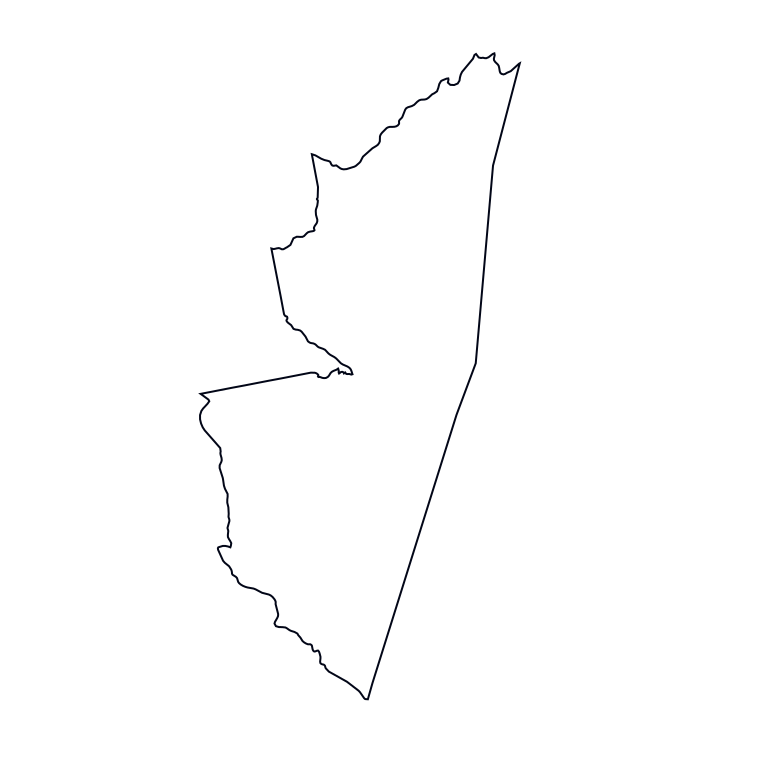 the border of Acre, rotated 79°
{"feature_id": "BRA-576", "entity_name": "Acre", "entity_type": "State", "adm_level": 1, "iso_a3": "BRA", "parent_name": "Brazil", "parent_adm1": "", "projection": "natural_earth1", "projection_center": [-70.836, -9.13], "detail": "fine", "context": "isolated", "style": "outline", "palette": "ink", "viewbox_px": 768, "rotation_deg": 79, "n_neighbors": 0, "source": "natural_earth", "source_scale": "10m", "svg_char_len": 4646}
<svg xmlns="http://www.w3.org/2000/svg" viewBox="0 0 768 768"><g transform="rotate(79 384 384)"><path d="M447.0,560.2L445.4,560.2L435.1,561.4L432.4,560.8L429.3,558.5L427.8,557.8L425.6,557.6L422.2,557.9L420.6,557.8L419.0,557.2L415.6,557.0L395.4,568.8L392.0,570.2L387.9,571.1L383.6,571.3L379.4,570.5L375.6,568.4L373.5,566.2L369.8,561.1L367.6,558.8L365.8,559.3L358.7,565.9L358.7,558.0L358.7,545.7L358.7,533.4L358.8,521.1L358.8,508.8L358.8,496.5L358.9,484.2L358.9,471.9L358.9,463.9L358.9,459.6L358.9,453.8L359.7,449.9L360.2,448.9L360.9,448.0L361.7,447.3L362.5,446.8L363.0,446.8L363.8,447.4L364.3,447.3L364.7,446.8L364.9,445.6L365.2,445.0L366.2,443.4L366.8,441.7L367.0,439.9L366.4,437.9L365.4,436.5L363.0,434.3L362.1,432.9L361.5,431.1L360.9,427.9L360.1,426.1L360.5,426.0L362.7,425.9L363.2,426.1L364.3,426.3L365.1,426.1L364.0,423.8L364.1,422.6L364.8,421.6L365.9,421.3L365.7,421.0L365.5,420.2L365.3,419.9L366.9,419.1L367.3,417.9L367.5,416.3L368.3,414.6L368.5,414.4L368.4,413.1L364.9,413.5L363.2,413.9L361.6,414.8L359.9,416.5L357.0,420.7L355.4,422.4L349.9,426.0L348.2,427.5L345.1,431.2L343.4,432.7L339.2,435.3L337.9,437.0L335.5,441.1L334.6,442.0L332.4,443.5L331.5,444.4L330.7,445.6L329.8,448.0L329.1,449.1L327.6,450.5L322.5,452.0L316.9,454.9L315.5,456.1L314.4,458.2L313.7,460.4L312.6,462.3L308.5,463.9L305.6,466.5L304.0,467.5L302.8,467.6L302.2,467.1L301.6,466.5L300.7,466.2L299.5,466.3L299.0,466.8L298.7,467.6L297.9,468.3L296.4,468.8L293.3,468.8L278.5,468.7L263.6,468.7L248.8,468.7L234.0,468.7L229.5,468.7L230.5,466.6L230.5,464.9L230.4,463.2L230.5,461.3L231.0,460.3L232.3,458.5L232.5,457.3L232.3,456.2L231.6,454.3L231.3,453.2L229.6,449.3L223.7,445.1L222.8,441.5L223.7,437.8L224.0,436.0L223.5,434.2L221.3,431.1L220.5,429.5L220.3,427.5L220.4,424.7L220.3,423.7L219.8,422.9L218.9,422.9L218.0,423.1L217.1,422.9L215.6,421.8L213.3,419.4L211.7,418.5L210.0,418.1L205.0,418.5L201.2,418.0L199.7,417.5L196.2,415.5L192.8,414.3L191.2,413.9L190.9,414.0L190.2,414.5L189.9,414.6L189.4,414.5L188.7,413.7L188.2,413.5L178.1,411.2L144.7,411.0L146.5,407.7L150.9,402.6L152.8,399.7L154.2,396.6L155.1,395.0L156.1,394.3L157.3,394.1L158.6,393.7L159.7,393.0L160.2,391.8L160.3,389.1L164.0,385.7L164.9,384.4L165.6,382.6L165.9,379.7L165.0,371.6L164.5,370.0L162.2,366.0L161.2,364.7L158.1,362.3L156.8,361.2L150.4,350.4L148.9,346.3L148.0,344.4L146.5,342.8L145.0,341.8L140.1,340.7L138.4,339.6L136.9,337.9L133.3,332.6L132.8,331.0L132.7,329.2L133.5,324.9L133.4,322.9L132.8,321.1L131.6,319.7L130.9,319.4L129.2,319.2L128.3,318.8L127.5,317.9L126.2,315.9L125.3,315.0L118.7,310.8L117.5,309.5L116.9,307.7L116.5,303.7L115.7,301.1L113.3,297.5L112.2,295.2L112.0,293.4L112.5,289.8L112.4,287.9L111.5,285.7L108.8,281.4L108.2,279.2L106.8,276.1L103.7,274.2L100.1,272.5L97.6,270.3L97.1,269.0L96.2,264.4L96.3,262.6L97.5,262.6L100.3,263.8L103.0,261.8L103.9,258.1L103.1,254.3L100.6,252.0L97.5,250.9L94.9,249.6L92.5,247.8L81.7,234.6L78.3,232.4L77.6,230.7L80.4,229.3L81.5,228.8L82.5,226.6L82.6,224.6L83.3,223.1L83.7,221.5L83.2,219.0L80.8,214.3L80.5,212.6L82.3,212.6L85.7,214.1L87.2,214.2L89.1,213.4L92.1,211.3L93.6,210.7L95.7,210.6L99.0,210.7L100.6,210.5L102.0,209.5L102.9,207.6L102.7,205.8L102.0,204.0L101.1,199.9L95.4,190.4L95.1,189.5L96.1,190.0L190.4,235.3L381.2,290.0L428.1,318.7L675.4,452.4L690.4,460.0L690.1,461.0L689.9,462.0L689.5,462.8L688.7,463.4L681.9,466.4L680.3,467.4L669.3,477.1L655.8,493.0L652.0,495.4L651.1,495.6L649.4,495.7L648.6,496.1L647.9,496.8L647.5,497.9L646.8,499.0L645.8,499.7L644.4,499.7L641.1,498.7L639.6,498.4L636.2,498.6L634.3,498.9L633.1,499.6L633.0,500.5L633.4,502.6L633.3,503.5L632.7,504.1L631.8,504.5L630.8,504.7L627.1,504.7L626.4,505.0L625.5,505.9L625.3,506.6L625.2,507.4L624.9,508.5L623.7,510.3L622.2,511.9L620.6,513.1L617.1,514.4L614.2,516.1L612.5,516.6L611.3,518.0L610.3,519.2L608.7,522.2L607.6,523.7L605.1,526.1L604.2,527.2L603.3,530.1L602.5,533.6L601.1,536.3L598.3,537.2L596.7,536.4L593.4,533.5L591.8,532.4L590.6,532.0L589.4,531.8L579.5,532.4L577.2,531.9L575.8,532.1L574.4,532.6L571.8,534.0L569.9,535.6L568.7,537.2L565.7,543.5L561.1,549.2L559.9,551.1L557.7,556.8L556.6,558.9L555.2,561.0L553.6,562.8L551.9,564.2L550.4,564.9L546.5,565.3L545.0,566.2L542.4,569.0L541.2,569.4L539.8,569.2L538.4,569.2L537.0,569.4L533.4,570.8L529.1,574.4L526.8,575.7L515.0,578.5L513.5,578.4L512.8,577.9L512.6,577.0L512.2,573.1L512.7,570.6L513.7,568.2L515.0,566.0L513.6,565.2L511.1,564.3L508.9,564.9L506.6,565.8L504.5,566.4L502.5,566.1L498.6,564.9L496.7,565.0L496.3,565.1L495.5,565.1L495.2,565.0L489.0,561.9L487.7,561.7L484.8,562.0L481.8,561.2L475.3,560.3L470.6,560.5L467.6,559.9L464.8,559.0L462.1,558.5L456.5,560.1L453.2,560.5L447.0,560.2Z" fill="none" stroke="#020617" stroke-width="2"/></g></svg>